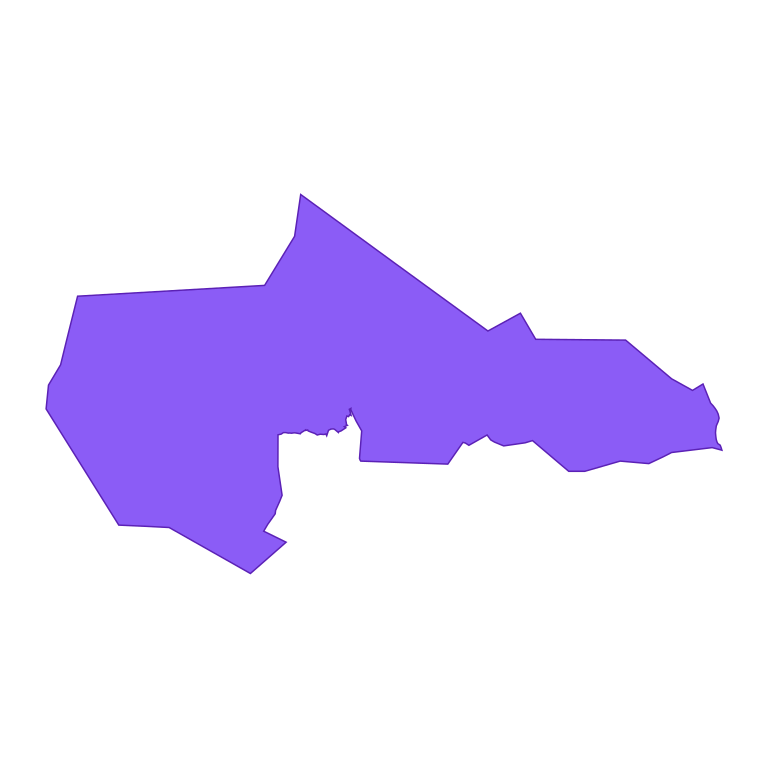 Santo Domingo Roayaga, Oaxaca, Mexico
{"feature_id": "50627088B4336628154898", "entity_name": "Santo Domingo Roayaga", "entity_type": "district", "adm_level": 2, "iso_a3": "MEX", "parent_name": "Mexico", "parent_adm1": "Oaxaca", "projection": "mercator", "projection_center": [-96.053, 17.333], "detail": "fine", "context": "isolated", "style": "filled", "palette": "violet", "viewbox_px": 768, "rotation_deg": 0, "n_neighbors": 0, "source": "geoboundaries", "source_scale": "gbopen_adm2", "svg_char_len": 1518}
<svg xmlns="http://www.w3.org/2000/svg" viewBox="0 0 768 768"><path d="M46.1,408.9L118.8,525.1L145.9,526.3L169.1,527.5L250.4,573.5L286.1,542.2L263.7,531.2L267.7,524.4L275.2,513.8L275.6,510.4L279.6,501.5L282.1,495.3L277.9,466.7L278.0,434.8L281.2,434.1L283.4,432.6L285.9,432.6L288.2,433.1L289.7,433.0L291.5,433.2L294.3,432.8L296.0,433.0L300.3,433.8L301.1,432.7L302.9,431.6L305.6,429.9L305.7,430.4L307.7,430.0L308.1,430.9L311.0,432.1L314.9,433.5L317.2,435.0L320.3,434.2L323.8,434.5L325.9,434.0L326.7,435.7L328.5,430.3L330.9,429.1L333.4,428.9L334.7,429.4L338.4,432.5L338.6,431.8L341.1,430.9L345.8,427.8L344.3,426.7L347.4,425.3L346.3,424.4L346.4,423.5L345.7,419.6L346.9,416.0L348.6,416.6L349.7,414.7L351.1,415.4L350.0,411.4L349.3,409.3L350.9,408.4L350.8,409.6L353.0,414.5L356.2,421.2L361.7,430.9L359.5,458.4L360.1,460.1L360.8,461.1L447.8,464.1L462.9,442.4L465.3,443.0L468.9,445.3L487.1,435.0L490.7,439.9L494.5,442.1L503.7,445.9L525.2,442.8L532.5,440.6L568.7,471.3L579.1,471.3L584.8,471.3L620.2,461.1L648.8,463.6L663.2,456.8L671.6,452.5L712.2,447.6L721.9,450.2L721.1,447.6L720.2,445.2L718.7,444.2L717.8,443.6L716.9,441.7L716.2,439.3L715.8,436.2L715.5,432.8L715.7,430.1L716.3,425.9L717.1,424.0L718.2,421.5L719.1,418.1L718.2,414.1L716.8,411.0L715.1,408.4L713.2,405.9L710.6,403.1L703.0,384.0L692.5,390.4L671.6,378.8L625.6,340.1L535.7,339.3L520.4,313.2L487.9,331.0L394.1,262.7L300.7,194.5L294.6,236.3L264.6,285.4L77.6,296.2L66.7,339.9L60.6,364.8L48.5,385.1L46.1,408.9Z" fill="#8b5cf6" stroke="#5b21b6" stroke-width="1.5"/></svg>